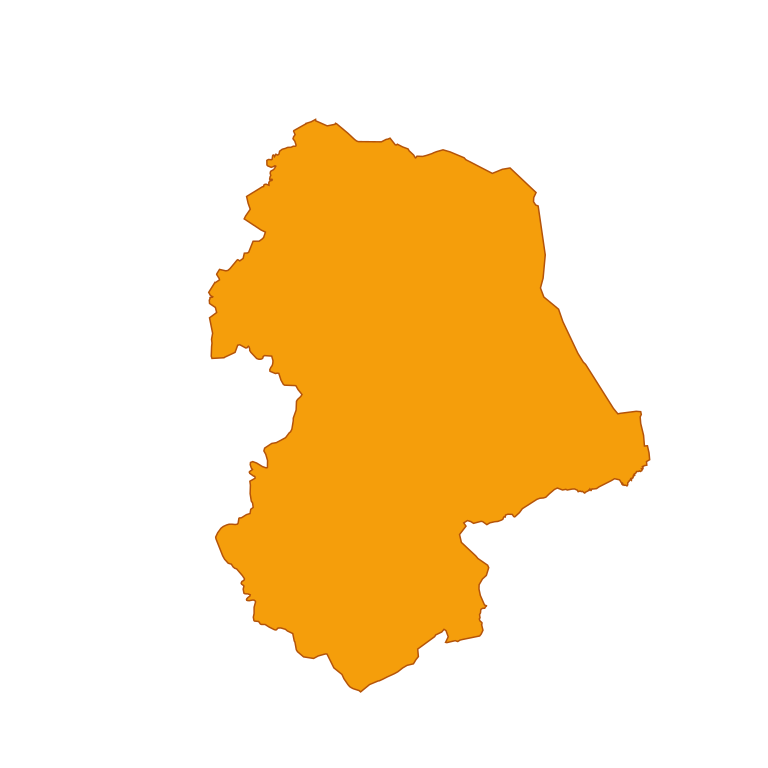 the district of Inešu pag., Vecpiebalgas, Latvia, rotated 64°
{"feature_id": "27541924B64106347464123", "entity_name": "Inešu pag.", "entity_type": "district", "adm_level": 2, "iso_a3": "LVA", "parent_name": "Latvia", "parent_adm1": "Vecpiebalgas", "projection": "orthographic", "projection_center": [25.833, 57.007], "detail": "fine", "context": "isolated", "style": "filled", "palette": "amber", "viewbox_px": 768, "rotation_deg": 64, "n_neighbors": 0, "source": "geoboundaries", "source_scale": "gbopen_adm2", "svg_char_len": 6170}
<svg xmlns="http://www.w3.org/2000/svg" viewBox="0 0 768 768"><g transform="rotate(64 384 384)"><path d="M155.2,425.3L162.0,426.9L168.3,427.6L172.3,434.7L174.3,437.3L191.7,427.0L195.5,424.0L199.5,427.9L200.2,429.7L200.9,433.6L198.3,439.1L206.2,447.8L206.4,449.2L205.2,452.2L209.4,455.6L210.1,459.7L208.2,460.9L208.2,461.7L212.8,471.9L213.5,474.4L213.0,476.5L208.9,481.6L211.6,485.9L212.2,486.4L217.1,485.9L218.3,486.2L219.0,491.8L218.8,491.8L224.8,501.4L228.3,501.2L230.6,499.7L230.8,500.2L230.0,502.5L231.0,503.0L232.1,504.3L235.2,505.5L241.3,502.0L246.4,503.1L248.0,511.8L263.3,515.8L268.2,519.4L271.9,520.7L274.7,522.5L283.3,527.1L285.6,527.4L290.3,516.2L290.1,515.5L290.3,504.0L285.0,498.5L285.5,496.4L291.0,492.5L291.4,491.3L290.6,489.4L291.7,489.0L293.8,489.4L295.0,490.0L297.1,489.8L305.2,487.3L306.7,485.9L307.5,484.4L307.9,482.9L307.5,481.5L306.3,480.5L306.1,478.9L309.7,472.7L314.5,473.6L316.8,475.0L318.3,476.3L319.6,478.6L321.1,480.4L322.6,480.9L327.0,477.0L327.5,475.0L328.4,473.9L335.4,474.9L340.3,474.6L341.5,473.8L346.5,464.5L347.2,463.9L351.4,463.7L357.5,462.3L358.8,464.4L360.0,468.4L361.1,470.2L368.9,474.4L374.9,480.5L377.3,481.7L384.2,486.6L385.8,488.7L386.1,489.2L386.2,490.3L389.1,496.0L389.5,506.5L388.2,511.0L389.3,519.4L391.5,521.3L395.4,521.1L401.7,522.2L407.8,525.3L408.0,525.9L407.5,526.9L404.9,529.5L399.2,533.1L396.2,536.0L396.0,538.4L397.9,539.6L401.3,540.1L403.2,539.7L403.7,542.9L404.1,543.7L405.5,543.8L409.6,541.6L410.2,540.8L411.1,540.7L412.2,541.3L412.6,547.2L416.3,548.4L423.9,552.4L431.0,554.6L433.4,554.3L437.6,555.7L438.2,558.7L441.7,561.2L441.1,564.9L441.7,570.3L441.6,571.3L441.0,572.7L441.1,573.3L445.1,576.1L445.7,577.2L445.1,579.3L443.3,582.2L442.1,584.8L441.7,587.2L441.6,590.9L442.2,593.8L444.8,598.7L447.8,602.4L449.5,602.9L467.7,604.3L471.6,604.1L476.8,602.6L479.0,600.2L482.3,599.8L484.2,598.9L485.6,597.5L494.0,595.3L497.7,594.8L498.7,595.4L499.1,596.5L499.2,598.3L500.4,599.7L501.5,599.7L503.7,598.5L504.5,598.7L506.6,600.5L510.6,601.6L511.6,600.9L512.9,598.5L514.8,596.6L515.8,597.5L516.3,600.0L516.9,601.5L517.5,602.1L518.2,602.2L518.9,601.5L519.7,600.1L520.6,596.8L521.3,595.5L522.8,594.8L523.6,595.0L527.7,598.6L533.4,601.4L536.3,603.7L539.6,604.6L540.3,604.3L542.5,600.8L545.6,600.3L546.4,599.5L548.0,596.3L552.1,593.8L556.8,590.2L557.7,589.0L557.7,588.1L557.0,586.9L557.0,586.0L558.0,583.7L561.3,580.1L563.6,579.1L568.3,575.4L575.6,577.3L577.0,577.2L584.4,579.3L586.7,579.1L594.0,575.9L599.8,567.6L599.6,562.3L600.7,556.2L601.1,554.6L601.8,553.6L617.2,553.5L626.6,549.1L631.4,549.2L638.3,548.2L641.0,547.5L642.8,546.4L644.4,545.2L648.6,540.8L650.5,540.0L647.8,528.7L648.3,519.6L648.7,518.3L648.8,514.6L648.7,509.5L648.9,501.5L648.7,497.7L647.4,491.7L647.0,486.6L648.4,480.2L645.8,476.2L644.1,472.6L637.0,469.9L633.3,449.2L632.2,447.6L632.2,440.8L630.8,437.6L632.8,436.4L639.4,437.1L643.2,441.9L644.0,440.9L645.9,432.5L647.8,430.6L647.5,427.9L648.0,425.6L652.4,408.5L651.3,406.2L648.7,403.0L642.9,401.7L642.7,401.2L641.5,400.6L638.8,401.6L637.5,401.5L636.6,401.0L636.3,400.2L633.1,399.2L632.0,397.6L629.2,395.9L629.0,395.4L628.8,393.8L629.7,391.8L628.9,390.7L628.5,389.3L628.2,389.1L626.9,390.4L625.8,390.5L616.2,390.1L609.9,388.5L606.1,386.5L602.4,381.0L600.9,375.9L595.0,370.4L592.3,370.3L582.0,376.1L579.0,376.8L560.3,383.9L552.4,382.1L547.7,372.6L543.8,373.2L543.3,368.9L545.7,366.3L548.5,364.6L550.0,356.9L551.0,355.6L555.5,353.2L555.2,349.7L556.3,344.9L557.4,342.0L557.8,338.2L557.7,336.5L556.3,335.0L556.0,334.2L556.7,333.4L555.1,332.2L555.3,329.8L557.4,325.9L560.0,325.5L560.6,325.0L560.7,324.4L559.0,318.7L556.7,314.3L554.7,297.1L555.0,294.0L556.3,290.7L556.7,288.2L555.2,283.7L553.5,277.1L553.5,273.8L557.5,270.0L558.4,266.7L559.6,265.8L560.9,261.0L561.9,258.7L564.2,256.8L565.9,256.7L566.2,254.6L567.2,253.9L567.5,252.7L569.9,251.6L570.0,251.2L569.6,250.6L569.5,247.1L569.1,246.6L569.5,246.2L568.7,245.1L569.4,245.1L569.4,244.5L570.4,244.7L570.5,244.5L569.5,243.5L569.8,243.0L569.7,242.4L570.1,242.0L571.2,238.8L570.7,235.7L570.5,222.0L570.2,218.3L573.4,214.3L576.6,214.0L577.4,213.3L577.8,213.9L578.6,213.4L578.7,213.9L579.4,213.6L579.3,212.8L580.3,212.7L580.9,211.2L582.1,210.3L581.5,209.2L579.6,208.2L578.7,206.0L579.0,205.9L578.4,205.8L578.3,204.9L577.5,204.1L578.2,204.0L577.6,203.6L577.5,203.2L578.1,203.2L577.5,202.8L577.3,202.3L577.6,201.8L577.0,201.5L576.8,201.1L576.9,200.8L576.4,200.6L576.1,199.6L575.5,199.9L575.2,199.5L575.6,198.5L574.6,198.4L574.4,196.6L573.4,195.4L574.2,193.4L574.1,192.5L575.0,192.0L574.9,190.3L574.4,190.1L574.2,189.3L573.2,189.5L573.5,189.0L573.5,188.3L571.5,188.0L571.5,187.5L572.0,187.1L571.4,186.0L572.2,183.4L568.8,182.1L568.5,178.4L562.1,176.0L555.0,174.3L553.9,177.1L543.9,173.2L532.1,170.6L525.9,168.2L524.2,166.1L521.4,165.4L519.1,169.3L514.0,184.3L513.3,186.9L506.5,188.5L454.7,194.2L451.7,195.3L441.4,196.3L406.3,195.9L393.3,194.3L375.9,202.2L366.3,201.3L358.6,194.6L338.7,182.5L291.6,167.4L289.6,169.2L285.7,169.7L282.1,167.7L278.6,163.4L245.1,176.0L242.9,183.5L242.2,194.3L218.3,212.1L215.8,212.8L204.3,222.9L199.4,228.3L198.2,235.0L197.9,238.4L198.0,239.4L197.2,245.5L196.4,249.5L193.7,254.5L194.5,255.9L194.5,256.7L191.2,257.0L185.4,259.2L183.3,259.3L179.0,263.4L174.3,266.9L174.6,267.9L174.0,269.0L165.7,270.8L165.6,273.2L165.1,274.8L165.2,280.2L154.9,300.8L153.6,302.1L151.4,303.2L142.6,306.6L129.4,312.5L128.4,313.3L129.1,314.2L127.1,321.9L117.5,330.0L116.2,329.5L116.4,334.5L115.6,339.8L115.9,339.8L116.7,353.9L117.1,354.4L120.9,354.6L122.2,356.9L123.7,358.3L126.7,357.7L130.7,358.3L131.4,358.9L131.4,359.6L130.5,361.3L130.5,363.7L129.1,366.9L129.0,369.3L128.4,372.6L129.0,375.8L131.2,377.5L131.5,378.4L131.5,379.5L130.1,380.4L131.6,382.7L130.0,382.6L129.7,382.9L129.6,383.3L130.0,384.0L133.0,386.1L133.0,387.0L131.6,389.3L131.6,390.9L131.7,391.3L135.8,393.2L137.0,392.9L139.8,390.4L140.1,388.3L140.0,386.4L140.8,385.8L142.6,388.4L143.0,390.3L143.0,392.1L143.6,393.2L144.9,394.0L146.9,394.3L147.8,395.5L149.7,397.0L150.3,397.0L150.8,395.0L151.5,394.9L151.9,395.5L151.5,397.4L151.7,398.2L152.7,399.4L154.9,400.3L152.7,402.4L152.3,403.8L152.5,404.7L153.8,405.7L153.4,406.8L155.2,425.3Z" fill="#f59e0b" stroke="#b45309" stroke-width="1.5"/></g></svg>